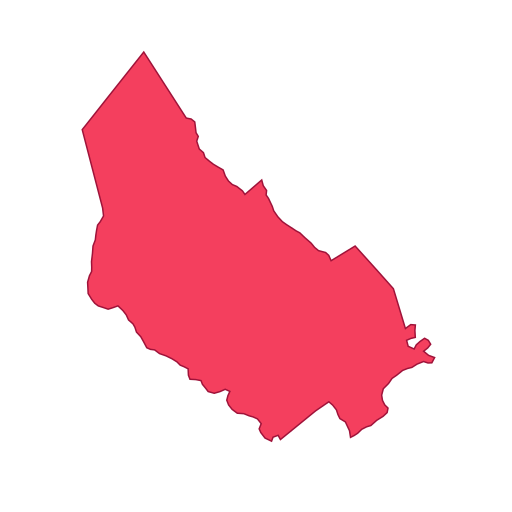 Milagres, Bahia, Brazil, rotated 11°
{"feature_id": "56859067B28401413745229", "entity_name": "Milagres", "entity_type": "district", "adm_level": 2, "iso_a3": "BRA", "parent_name": "Brazil", "parent_adm1": "Bahia", "projection": "mercator", "projection_center": [-39.773, -12.883], "detail": "fine", "context": "isolated", "style": "filled", "palette": "rose", "viewbox_px": 512, "rotation_deg": 11, "n_neighbors": 0, "source": "geoboundaries", "source_scale": "gbopen_adm2", "svg_char_len": 2166}
<svg xmlns="http://www.w3.org/2000/svg" viewBox="0 0 512 512"><g transform="rotate(11 256 256)"><path d="M450.7,321.6L444.4,320.6L438.7,317.5L442.1,313.5L444.3,309.3L441.2,305.9L437.2,304.6L433.4,308.5L430.3,312.6L429.0,317.1L422.6,315.6L419.9,310.0L423.7,307.4L427.9,305.5L426.2,298.8L425.6,293.3L421.0,293.8L416.5,298.7L397.1,261.9L378.1,247.4L351.4,227.3L330.6,246.3L327.3,241.5L323.7,239.3L316.3,238.8L311.9,236.4L307.7,232.9L300.3,228.6L294.6,224.9L290.6,223.7L286.8,222.1L279.8,219.3L275.2,217.2L269.9,213.3L264.8,208.3L262.5,204.2L257.2,197.0L254.3,194.2L253.9,189.7L249.7,185.6L247.1,180.3L233.4,197.7L230.3,194.7L223.9,191.4L219.1,190.4L214.7,187.7L210.6,183.4L207.3,177.8L201.7,175.9L196.7,174.1L192.5,172.0L187.2,169.1L184.7,164.6L179.9,161.8L175.9,154.6L176.5,149.6L173.6,146.4L172.1,141.6L170.3,136.1L166.2,133.9L161.2,133.9L106.9,77.2L81.6,125.9L64.2,159.6L61.3,165.1L96.3,238.2L98.7,245.8L96.5,252.2L94.6,255.9L94.6,261.1L94.8,266.1L95.2,270.9L94.1,277.3L95.0,284.9L95.6,292.9L96.9,298.5L97.6,302.6L96.3,307.0L95.7,313.9L97.1,319.5L98.4,324.9L103.0,329.9L106.8,333.2L110.7,335.1L115.9,335.7L121.0,336.4L125.1,334.2L130.0,331.3L135.7,334.9L139.9,338.6L143.1,343.1L148.2,346.1L150.7,349.0L153.2,353.5L158.3,357.2L161.6,361.1L166.3,366.9L170.2,367.8L174.4,367.5L179.9,370.2L186.8,371.2L193.1,372.9L198.6,375.0L202.4,377.6L206.4,378.4L210.9,379.7L212.4,385.9L214.7,389.6L220.5,388.8L225.8,388.8L227.9,392.2L231.9,395.5L234.9,398.2L241.2,398.7L246.5,396.0L251.2,392.7L256.2,393.9L255.1,398.3L254.8,403.1L257.5,407.4L261.8,411.1L267.6,413.9L274.2,413.1L279.8,414.2L283.8,414.5L288.5,415.6L293.1,419.6L292.1,425.1L294.4,428.4L299.6,433.0L306.6,434.8L307.3,430.6L311.9,427.8L315.0,431.5L344.1,396.6L355.3,385.2L359.7,387.7L364.3,391.7L366.7,396.0L369.4,399.6L375.4,401.8L378.6,406.2L381.1,409.6L383.4,416.0L386.6,413.5L389.6,410.6L392.9,405.9L397.1,402.6L401.1,400.5L405.9,394.2L411.3,389.2L414.6,384.7L414.6,380.1L410.8,377.6L407.7,373.6L405.9,368.6L406.3,362.0L410.4,355.9L412.9,350.2L416.9,346.1L421.8,340.3L426.2,337.5L430.3,335.6L434.7,331.4L440.6,327.6L445.2,328.2L449.0,327.3L450.7,321.6Z" fill="#f43f5e" stroke="#9f1239" stroke-width="1.5"/></g></svg>